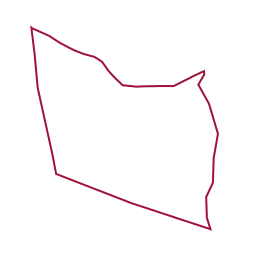 outline of Al Wihda, Southern Darfur, Sudan, rotated 356°
{"feature_id": "16777658B17164908055521", "entity_name": "Al Wihda", "entity_type": "district", "adm_level": 2, "iso_a3": "SDN", "parent_name": "Sudan", "parent_adm1": "Southern Darfur", "projection": "natural_earth1", "projection_center": [24.982, 12.873], "detail": "fine", "context": "isolated", "style": "outline", "palette": "rose", "viewbox_px": 256, "rotation_deg": 356, "n_neighbors": 0, "source": "geoboundaries", "source_scale": "gbopen_adm2", "svg_char_len": 1770}
<svg xmlns="http://www.w3.org/2000/svg" viewBox="0 0 256 256"><g transform="rotate(356 128 128)"><path d="M108.3,62.7L106.9,60.4L106.8,60.2L106.7,60.1L105.9,59.5L105.8,59.4L104.8,58.6L104.7,58.6L104.1,58.1L103.7,57.8L103.5,57.6L103.3,57.5L103.1,57.3L102.6,56.9L102.4,56.8L101.6,56.2L100.9,55.8L99.7,54.9L99.4,54.7L99.0,54.5L98.7,54.4L96.8,53.8L95.1,53.2L94.0,52.8L88.8,51.0L84.0,48.7L83.3,48.4L80.2,46.9L79.7,46.6L79.3,46.4L79.2,46.4L77.3,45.2L76.7,44.9L74.8,43.8L70.5,41.1L66.9,38.9L66.2,38.5L62.4,35.6L60.5,34.2L57.3,31.8L57.2,31.7L56.1,30.8L55.8,30.6L55.4,30.4L55.1,30.3L55.0,30.2L54.8,30.1L53.4,29.3L53.0,29.1L51.0,28.0L49.8,27.4L48.2,26.6L46.4,25.6L45.9,25.3L44.0,24.3L42.6,23.6L40.8,22.6L39.2,21.7L38.9,21.5L38.7,21.3L38.8,24.7L39.7,42.4L40.0,47.3L40.7,81.5L50.7,148.8L53.1,168.8L71.7,177.6L86.2,184.4L126.3,203.3L151.9,213.7L174.8,223.1L203.2,234.7L200.4,223.1L201.2,202.3L208.9,188.5L211.4,163.8L212.9,157.9L217.3,140.1L212.8,119.7L210.5,109.5L201.2,89.7L207.8,79.9L207.8,76.6L206.0,77.3L205.5,77.4L205.2,77.6L204.7,77.7L204.2,77.9L202.1,78.8L201.8,78.9L200.9,79.2L200.3,79.5L200.0,79.6L197.6,80.5L196.2,81.0L195.2,81.4L194.8,81.7L194.4,81.8L194.1,82.0L193.8,82.1L193.7,82.2L193.6,82.3L193.2,82.4L192.6,82.7L191.8,83.0L190.6,83.5L188.1,84.5L186.9,85.0L184.3,86.1L177.8,88.8L176.6,89.3L176.4,89.3L175.2,89.3L173.6,89.1L173.2,89.1L171.9,89.0L170.7,88.9L170.2,88.9L165.4,88.6L165.1,88.5L160.0,88.2L158.5,88.2L153.8,87.9L151.3,87.8L149.9,87.7L149.4,87.7L149.1,87.7L148.3,87.6L147.2,87.6L145.0,87.5L144.2,87.4L142.3,87.4L141.6,87.4L140.7,87.4L140.4,87.4L140.2,87.4L139.9,87.4L139.7,87.4L139.3,87.3L138.8,87.3L138.5,87.2L125.7,85.0L119.0,77.7L118.8,77.5L114.9,72.7L112.2,69.2L108.5,63.0L108.4,62.9L108.3,62.7Z" fill="none" stroke="#9f1239" stroke-width="2"/></g></svg>